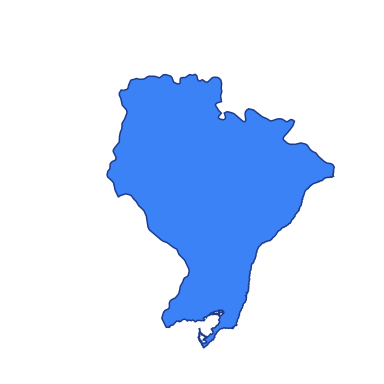 outline of Baní, Peravia, Dominican Republic, rotated 310°
{"feature_id": "3306468B54911085338541", "entity_name": "Baní", "entity_type": "district", "adm_level": 2, "iso_a3": "DOM", "parent_name": "Dominican Republic", "parent_adm1": "Peravia", "projection": "natural_earth1", "projection_center": [-70.434, 18.349], "detail": "fine", "context": "isolated", "style": "filled", "palette": "blue", "viewbox_px": 384, "rotation_deg": 310, "n_neighbors": 0, "source": "geoboundaries", "source_scale": "gbopen_adm2", "svg_char_len": 6028}
<svg xmlns="http://www.w3.org/2000/svg" viewBox="0 0 384 384"><g transform="rotate(310 192 192)"><path d="M71.9,258.9L72.0,259.5L72.3,259.5L73.4,261.3L74.1,261.7L74.5,261.0L75.1,261.0L75.4,261.5L76.3,261.5L76.9,262.3L78.3,263.0L83.2,263.2L84.3,264.5L84.3,265.5L85.2,265.5L85.6,266.6L88.1,266.8L89.7,267.9L90.3,269.2L90.3,271.5L91.9,271.7L92.8,274.1L94.3,274.7L94.8,275.6L94.6,277.7L95.0,278.2L97.0,278.6L98.8,280.7L99.2,281.8L100.1,282.2L101.0,283.9L102.4,283.9L102.6,281.8L105.0,282.4L105.0,283.9L106.8,283.3L107.5,283.9L108.2,283.7L108.6,284.6L109.5,284.6L110.1,285.4L110.4,285.4L110.1,284.8L110.1,284.2L110.4,283.9L111.0,284.6L112.6,284.8L113.3,285.7L114.2,285.7L114.2,286.1L115.7,286.5L117.5,288.4L118.6,288.4L119.5,289.3L120.0,290.8L120.9,291.0L120.8,291.9L118.8,292.1L118.9,292.9L120.4,293.4L119.8,294.2L116.0,293.8L115.5,292.9L115.7,290.4L115.3,290.2L114.9,288.7L113.9,288.0L113.3,287.2L111.7,286.3L111.5,286.9L112.6,287.6L114.6,290.4L114.6,292.1L115.3,292.5L115.3,292.9L114.4,292.9L114.2,293.6L112.9,294.6L111.1,294.6L110.6,296.4L109.9,296.8L107.9,297.0L107.0,297.6L105.5,296.6L103.2,297.0L101.5,295.9L101.3,295.3L99.5,294.9L99.0,295.7L99.3,296.6L98.6,297.2L98.4,298.3L96.8,298.9L95.5,298.5L95.2,297.4L92.1,297.4L90.8,296.8L90.6,295.7L89.9,295.1L90.1,293.4L89.4,293.1L89.4,295.1L89.7,295.3L89.4,295.9L89.7,296.4L89.6,297.0L88.1,296.4L87.9,295.7L86.3,295.5L85.7,295.9L86.7,296.8L86.8,299.1L86.5,299.8L85.6,299.8L85.6,299.4L84.7,299.1L84.1,298.3L82.8,297.9L82.8,297.0L83.6,295.7L84.1,292.9L84.8,291.9L85.0,290.8L86.5,290.6L87.9,289.3L89.0,289.1L89.2,290.6L88.8,291.4L89.2,291.7L89.2,292.3L89.7,292.3L89.9,288.4L92.3,285.7L91.7,285.4L91.0,286.7L89.7,287.8L88.5,288.0L86.5,289.7L84.5,290.2L84.1,291.4L83.2,292.5L83.4,293.4L82.8,293.4L82.7,293.8L82.3,296.1L81.2,297.9L81.2,299.1L80.1,300.6L80.3,301.1L84.7,302.1L87.6,301.9L89.6,302.1L90.1,302.6L92.1,302.6L92.6,303.4L94.6,302.6L95.4,302.8L95.9,301.9L96.8,301.9L97.4,301.3L98.6,301.3L98.8,301.7L99.9,301.3L104.4,301.5L105.9,301.9L106.8,303.0L108.4,303.6L109.0,304.3L109.0,305.1L110.4,306.2L110.6,307.1L112.2,308.6L113.7,311.1L114.2,311.1L113.9,310.1L114.9,310.1L115.7,310.9L117.3,310.7L118.2,311.8L119.1,311.8L119.1,311.1L120.2,310.1L122.0,309.8L123.8,308.6L125.6,308.6L126.7,307.7L128.0,307.7L128.7,306.8L131.1,305.8L133.1,305.6L134.0,304.9L135.6,305.1L137.1,304.1L138.0,304.1L138.2,303.6L139.6,303.2L142.1,303.6L142.9,302.8L144.0,303.0L146.5,301.3L146.9,299.8L147.6,300.4L149.0,299.4L150.1,299.4L150.1,298.9L150.5,299.4L151.4,298.7L152.5,298.9L153.0,298.1L154.3,297.6L154.8,296.8L155.9,296.6L156.7,295.1L157.9,295.1L159.0,293.8L162.5,292.1L162.5,291.7L163.7,290.4L165.0,290.2L165.4,289.3L167.0,288.9L168.4,287.4L170.1,287.2L174.4,284.4L175.7,283.9L176.2,284.4L177.5,284.4L179.0,283.9L179.5,283.3L181.3,283.3L184.6,281.8L185.9,280.7L187.7,280.3L188.6,279.5L192.6,278.4L198.4,278.8L199.1,279.7L200.5,279.9L201.5,280.7L203.3,281.4L204.7,282.9L205.8,282.9L206.7,283.5L208.9,283.1L209.6,283.5L213.2,283.7L217.1,283.1L220.3,284.2L221.9,283.9L223.6,284.6L223.8,285.0L226.3,285.7L226.5,286.1L227.8,286.1L228.8,286.7L230.3,286.5L231.0,287.2L231.9,287.2L235.2,286.3L236.3,286.7L236.8,286.7L237.0,286.3L239.5,286.5L239.7,286.1L241.0,285.7L247.2,285.7L247.7,284.8L249.0,284.8L249.9,284.2L251.9,284.2L253.3,283.5L253.7,282.9L254.6,282.9L255.7,282.2L256.4,281.4L257.7,281.4L257.9,280.7L258.9,280.7L259.5,280.1L260.4,280.1L264.9,278.2L267.7,278.0L269.3,278.8L269.8,278.4L270.9,278.8L272.5,278.4L272.7,278.8L273.1,278.6L274.2,279.2L274.7,279.0L276.7,279.7L280.0,281.8L281.3,282.0L281.4,282.7L283.1,283.1L284.0,284.2L288.3,284.8L288.7,285.4L289.8,285.9L291.8,288.2L292.9,288.4L292.7,288.9L293.0,289.5L294.9,290.2L294.9,289.7L295.9,289.3L296.3,288.4L297.2,288.4L297.6,287.8L298.8,287.4L299.4,286.5L302.5,285.0L303.4,282.3L303.0,280.1L300.9,276.9L300.4,273.6L300.5,266.3L301.5,261.8L300.6,258.5L300.5,255.4L302.0,249.9L301.6,248.0L299.6,243.9L295.1,240.6L291.6,236.5L290.7,233.9L290.8,228.5L291.7,227.3L293.5,226.9L302.4,227.1L308.0,226.6L312.1,225.0L311.9,222.6L311.0,221.1L307.0,219.8L306.4,218.5L305.8,214.3L304.5,212.1L302.6,210.3L297.8,207.4L296.9,206.4L296.1,201.7L294.8,197.5L294.4,186.4L292.2,182.0L289.9,181.2L287.5,181.5L285.7,182.7L281.5,187.1L279.9,187.3L279.3,186.6L278.9,185.2L279.0,174.4L278.7,172.7L276.8,168.4L275.7,167.0L273.2,166.0L270.9,169.7L268.9,170.3L267.4,169.5L265.9,166.6L265.8,165.2L266.1,164.4L266.9,163.8L271.3,163.8L271.6,160.2L273.5,154.3L274.1,153.7L276.3,153.9L280.2,156.5L283.9,152.2L288.2,150.2L290.3,147.6L294.1,145.0L296.2,142.2L296.6,140.1L296.2,138.0L294.5,135.5L292.5,134.0L287.1,133.5L285.5,132.8L285.0,131.6L284.8,128.1L284.0,127.4L282.1,126.7L281.5,125.6L281.9,123.9L284.1,121.0L284.3,119.2L283.9,118.6L281.8,117.4L280.4,114.7L275.4,113.3L273.0,110.6L272.0,110.1L270.9,110.4L267.9,112.8L267.1,112.8L266.1,112.2L265.2,110.6L264.4,107.3L266.7,103.3L267.1,101.4L265.2,96.6L263.3,94.7L259.4,94.0L258.4,93.4L256.8,89.3L253.2,84.8L251.7,83.8L248.6,83.0L247.1,82.1L244.8,79.6L243.1,76.3L241.9,75.8L238.7,73.4L237.5,73.4L233.1,74.8L230.4,76.2L229.1,76.3L225.6,74.1L224.7,72.2L221.1,72.7L219.4,74.2L218.0,77.2L213.7,82.8L212.7,89.3L210.9,91.3L204.7,93.5L199.7,94.3L195.4,97.6L191.9,98.6L188.0,100.7L183.4,104.2L175.0,104.4L173.2,104.9L172.3,105.8L169.9,111.2L168.3,112.6L167.0,112.7L164.0,111.3L161.7,111.1L160.4,111.6L157.2,114.1L153.8,114.2L150.8,115.7L149.9,116.7L149.3,118.0L149.0,124.3L148.4,126.3L143.8,132.2L140.9,138.7L143.5,139.6L148.0,142.4L149.8,146.1L150.2,148.2L149.3,151.1L148.8,155.7L147.3,159.8L147.0,165.6L146.6,167.6L144.3,172.4L136.9,180.8L135.6,183.7L135.5,199.7L135.9,201.8L137.2,205.4L137.6,213.3L138.4,217.2L135.8,222.2L135.1,230.1L131.0,239.1L129.5,240.8L125.7,242.7L123.9,242.6L121.4,241.5L120.1,241.6L117.4,242.7L112.4,243.6L106.6,246.8L104.8,247.3L100.2,247.3L96.5,245.6L94.7,245.3L92.5,245.9L89.5,248.5L88.3,249.0L87.0,248.9L84.0,247.5L81.7,247.5L75.9,250.0L71.9,258.9ZM117.3,289.3L116.2,290.4L116.9,291.2L117.7,291.2L118.0,291.0L117.8,290.6L118.2,289.9L117.3,289.3Z" fill="#3b82f6" stroke="#1e3a8a" stroke-width="1.5"/></g></svg>